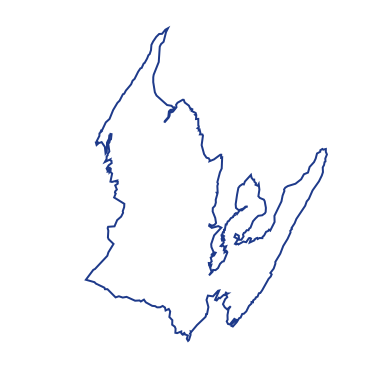 Micheweni, Kaskazini-Pemba, United Republic of Tanzania (Equal Earth projection), rotated 28°
{"feature_id": "72390352B10041948883658", "entity_name": "Micheweni", "entity_type": "district", "adm_level": 2, "iso_a3": "TZA", "parent_name": "United Republic of Tanzania", "parent_adm1": "Kaskazini-Pemba", "projection": "equal_earth", "projection_center": [39.804, -4.957], "detail": "fine", "context": "isolated", "style": "outline", "palette": "blue", "viewbox_px": 384, "rotation_deg": 28, "n_neighbors": 0, "source": "geoboundaries", "source_scale": "gbopen_adm2", "svg_char_len": 6071}
<svg xmlns="http://www.w3.org/2000/svg" viewBox="0 0 384 384"><g transform="rotate(28 192 192)"><path d="M252.9,321.0L255.7,320.6L256.3,324.0L258.4,325.3L258.8,324.1L257.8,318.7L256.7,317.9L257.1,316.8L256.3,315.7L257.1,315.6L258.9,307.1L262.2,297.1L262.6,295.6L261.8,293.2L262.6,292.8L260.5,285.9L255.5,280.5L254.7,276.0L259.5,274.3L261.4,267.0L262.3,266.2L263.0,276.4L264.7,276.2L265.4,272.7L266.6,272.7L268.3,268.0L269.4,267.7L269.1,263.9L269.3,265.9L271.3,264.8L270.3,266.5L272.5,268.3L271.6,271.0L272.0,276.5L275.0,278.4L278.1,279.1L279.8,274.7L279.3,278.4L281.1,284.0L283.4,288.0L283.4,289.9L285.7,291.6L287.6,291.2L289.1,283.3L289.3,284.7L291.3,284.0L289.1,289.8L289.6,291.7L291.2,291.6L292.6,286.0L292.9,281.2L293.9,280.1L293.6,276.1L294.9,275.2L296.0,271.9L295.8,265.9L296.9,262.6L296.2,261.2L297.6,260.7L296.9,259.1L298.1,256.3L297.8,255.2L299.0,253.6L298.6,250.0L299.7,249.1L300.1,245.9L300.4,232.7L301.2,229.7L301.0,227.3L299.2,226.7L300.1,221.3L299.3,216.2L298.4,214.6L298.9,205.1L297.9,196.8L298.4,188.5L298.0,181.5L297.0,180.1L297.6,177.7L296.8,177.2L297.3,171.5L296.8,166.8L298.4,151.0L297.7,146.5L298.4,143.2L297.7,134.0L299.1,123.0L298.9,116.6L298.3,113.0L295.9,108.9L295.9,106.1L295.0,103.4L295.5,102.4L294.0,99.9L293.5,95.5L291.3,93.7L290.0,91.2L288.0,93.0L286.9,92.8L285.7,94.9L286.3,96.3L284.3,99.3L285.5,104.4L285.7,108.3L284.1,114.7L285.3,120.4L282.5,123.8L282.4,129.5L279.5,136.1L273.8,141.8L272.3,144.4L272.1,146.6L273.1,147.7L273.7,152.7L275.4,158.3L276.0,174.4L279.0,179.7L279.2,189.4L277.7,189.1L277.5,190.7L276.1,192.4L276.1,196.6L275.4,198.4L275.8,199.7L273.1,201.0L272.1,202.6L271.2,201.9L270.5,202.6L269.5,204.5L269.8,205.4L266.7,209.5L266.0,205.4L264.7,205.4L263.9,206.1L263.4,210.9L260.7,211.6L257.6,216.5L256.7,216.2L255.5,217.6L254.3,217.6L254.8,212.9L253.6,211.9L250.6,211.9L250.3,208.6L253.8,208.6L255.9,212.1L258.0,211.0L258.4,207.0L257.1,205.8L257.0,203.8L257.9,202.8L258.2,200.1L259.8,199.3L259.7,197.3L260.4,196.1L259.6,189.2L260.5,185.4L261.7,181.9L264.9,179.6L266.4,176.6L266.4,175.0L264.7,171.3L260.5,166.0L259.0,165.0L254.7,165.4L252.6,164.6L250.4,158.3L247.2,153.7L247.2,155.6L244.7,155.8L244.4,154.2L242.2,153.6L241.1,151.9L240.2,152.5L237.8,151.4L236.0,149.2L233.8,157.9L234.2,161.0L232.9,161.3L231.4,164.2L231.0,166.6L233.0,173.1L236.3,182.3L238.3,185.4L241.8,186.1L245.2,182.4L246.0,179.9L247.9,178.6L246.5,180.2L244.7,184.8L242.7,185.8L242.1,190.4L240.8,189.9L240.0,191.3L240.1,192.4L240.6,192.5L239.7,194.1L240.0,194.9L238.6,196.8L238.1,200.4L237.4,201.2L237.8,204.5L237.0,204.8L238.8,210.1L238.0,210.4L239.1,212.6L238.2,212.9L238.5,215.4L239.8,215.7L238.5,216.5L240.2,218.4L241.1,217.0L241.3,217.8L240.2,219.5L241.4,220.8L242.3,220.1L242.4,218.4L243.3,219.1L242.6,220.1L243.8,221.8L242.7,226.2L243.7,226.0L243.9,224.3L246.2,225.4L247.6,223.9L247.8,225.5L246.8,226.1L247.3,228.0L247.9,227.4L248.7,229.2L249.1,227.3L249.4,229.0L249.9,227.8L250.8,228.1L250.5,229.1L251.6,229.1L252.6,238.3L251.5,239.2L250.5,242.2L250.7,247.0L249.4,250.0L247.2,250.9L247.6,252.7L246.2,257.6L246.7,253.2L243.0,249.8L243.6,249.2L243.2,247.1L241.4,248.5L240.2,246.8L241.4,246.3L242.0,244.0L239.3,241.1L240.6,238.6L238.8,238.3L238.8,237.6L239.8,236.6L241.3,236.9L241.4,234.5L240.1,234.8L240.7,236.5L239.3,235.8L239.1,234.8L235.0,231.5L233.4,229.0L231.9,219.9L234.6,209.7L231.2,209.8L226.3,214.4L223.0,213.9L222.7,212.4L225.4,212.4L227.3,210.4L227.8,208.1L224.7,204.0L219.4,199.5L217.9,196.4L218.7,193.3L218.0,190.1L216.6,187.7L215.3,181.8L214.1,181.0L214.9,180.4L211.5,174.7L211.1,172.5L209.8,171.5L207.4,161.4L207.2,157.3L202.4,147.3L201.6,148.1L200.3,145.4L199.5,145.8L196.1,152.9L193.0,156.6L192.7,155.4L190.9,154.4L188.7,154.9L184.9,152.9L178.5,146.1L175.2,137.1L174.2,136.3L172.0,137.4L171.9,136.2L169.5,133.4L169.0,134.2L168.6,133.2L167.0,133.1L167.6,131.8L167.1,130.7L166.4,130.4L163.2,124.5L161.3,125.7L160.0,122.8L158.6,122.4L159.3,121.7L158.1,120.5L153.7,120.6L153.5,119.1L152.3,119.6L152.4,118.8L151.0,118.9L148.7,117.2L143.6,116.4L141.4,114.5L140.5,114.9L137.3,120.0L137.0,122.4L138.5,124.5L137.5,129.9L136.5,131.2L135.7,131.0L135.8,129.6L134.8,131.4L136.4,135.2L136.5,137.3L135.0,143.6L134.7,142.2L135.9,137.0L133.8,131.7L134.4,129.6L137.3,127.6L137.6,126.4L136.6,125.6L135.8,126.2L133.4,125.5L129.2,126.9L115.4,123.5L112.4,121.4L106.2,113.2L103.9,108.8L103.1,106.4L101.6,92.8L95.3,78.8L95.2,76.0L96.4,72.7L94.0,63.0L93.9,58.7L92.3,61.2L91.3,66.4L88.8,67.9L87.6,71.8L87.0,77.4L87.1,81.2L89.2,86.0L89.9,90.1L89.3,91.7L89.7,95.2L89.6,100.3L89.0,101.2L89.3,106.1L88.4,107.1L88.0,111.0L88.2,119.1L87.3,121.6L87.7,125.5L86.0,133.5L86.0,137.1L85.1,138.1L85.2,145.3L84.3,148.3L83.9,156.7L84.9,166.2L83.2,171.0L83.6,179.5L82.9,180.1L83.0,181.3L83.6,181.2L82.8,183.7L83.9,186.0L84.0,191.7L85.3,192.2L83.9,193.4L85.7,195.3L86.7,192.6L88.8,190.4L93.9,193.1L97.5,198.4L97.7,196.1L93.8,188.3L93.7,183.9L92.5,181.0L93.0,180.8L92.7,179.0L93.8,178.7L95.7,183.4L95.2,184.9L95.8,186.9L95.5,188.9L100.0,195.0L99.7,198.1L100.3,199.1L100.0,200.8L101.1,203.0L101.0,206.4L104.5,201.6L104.6,202.4L106.2,202.3L107.5,204.2L105.9,207.5L105.6,211.4L106.3,211.9L106.4,210.4L108.0,209.2L109.2,209.9L108.8,211.4L107.6,211.9L108.0,213.6L109.4,212.5L109.8,213.2L110.1,211.5L110.5,212.5L112.8,213.2L115.1,221.1L116.6,220.7L120.4,217.2L120.5,218.2L121.6,217.7L122.5,219.5L121.1,222.2L124.5,225.1L123.9,227.5L124.3,228.8L125.4,229.2L125.8,233.4L137.8,234.2L139.2,237.2L139.9,241.5L140.9,242.7L141.0,247.0L139.1,252.0L139.7,258.7L134.3,262.1L134.5,263.5L136.3,265.5L139.1,271.6L140.5,272.8L147.1,274.7L146.5,284.5L147.2,288.1L142.5,305.5L141.4,307.1L139.5,319.3L148.2,317.4L150.2,318.0L159.6,317.6L160.8,318.7L163.0,317.5L174.0,320.9L176.4,318.4L180.4,317.7L183.5,315.3L192.8,314.7L196.6,312.4L198.2,312.7L200.1,309.6L203.0,311.1L210.3,311.2L213.0,310.1L215.4,310.2L218.0,308.7L219.6,306.4L222.4,306.7L224.3,309.0L226.4,306.2L228.8,307.7L230.7,313.0L234.8,314.4L236.8,318.5L240.0,319.0L241.7,320.4L243.4,324.1L245.1,323.6L248.0,320.2L248.9,321.8L250.7,322.4L251.6,321.6L251.0,320.9L251.4,320.1L252.9,321.0Z" fill="none" stroke="#1e3a8a" stroke-width="2"/></g></svg>